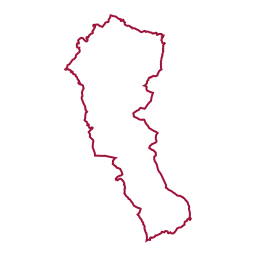 outline of Sozoranga, Loja, Ecuador
{"feature_id": "8360857B65989855164186", "entity_name": "Sozoranga", "entity_type": "district", "adm_level": 2, "iso_a3": "ECU", "parent_name": "Ecuador", "parent_adm1": "Loja", "projection": "orthographic", "projection_center": [-79.77, -4.3], "detail": "fine", "context": "isolated", "style": "outline", "palette": "rose", "viewbox_px": 256, "rotation_deg": 0, "n_neighbors": 0, "source": "geoboundaries", "source_scale": "gbopen_adm2", "svg_char_len": 5726}
<svg xmlns="http://www.w3.org/2000/svg" viewBox="0 0 256 256"><path d="M163.2,36.5L163.6,35.5L162.7,35.3L161.4,34.0L158.8,34.0L157.2,34.9L156.9,34.8L156.6,33.0L156.0,32.7L154.9,33.3L153.7,33.2L152.8,33.6L152.4,33.4L151.6,32.6L150.3,32.5L148.1,31.7L146.8,31.5L145.7,31.9L145.1,31.1L144.6,30.9L141.6,32.1L140.7,31.9L138.0,29.9L136.7,29.5L135.1,28.5L134.2,28.2L132.9,28.4L132.2,28.3L131.6,27.1L130.7,27.1L129.5,25.9L128.5,25.7L127.3,25.9L125.5,25.0L124.9,24.5L124.6,23.9L125.0,22.5L124.0,21.8L123.7,21.4L123.5,20.1L123.3,19.8L122.9,19.8L122.7,20.3L122.1,20.7L121.0,21.0L120.6,20.3L120.8,19.3L120.7,19.1L119.7,19.1L118.8,18.9L115.7,16.5L112.7,16.0L111.4,15.4L110.5,15.4L110.1,17.6L108.7,19.5L108.6,21.4L108.4,21.9L107.9,22.2L107.0,22.1L105.6,22.5L104.8,23.5L104.5,24.5L103.5,25.3L103.0,26.2L102.5,26.8L102.1,26.8L99.1,25.6L98.2,24.6L97.8,24.5L93.5,24.9L93.3,25.6L93.4,26.1L94.1,26.5L95.0,26.6L95.0,27.1L93.3,30.2L92.4,31.2L92.8,32.1L92.8,33.0L92.2,33.5L91.2,33.6L90.2,34.6L89.3,35.2L88.3,37.4L87.0,37.0L86.6,37.3L86.4,38.4L87.5,39.7L87.6,40.1L87.3,41.0L87.0,41.3L86.2,41.4L85.6,41.2L83.5,39.1L83.0,38.3L81.7,37.8L80.7,38.0L78.7,39.6L78.2,40.5L78.7,42.2L78.9,43.2L78.6,43.6L77.3,43.3L77.1,43.6L76.8,44.8L76.9,46.8L77.4,47.5L77.8,47.6L79.3,47.7L79.1,48.9L79.8,50.6L79.4,52.0L76.4,54.6L75.9,55.4L75.8,57.0L74.6,58.6L72.5,59.9L69.5,64.2L67.5,65.2L67.2,67.1L66.2,68.7L65.2,69.4L65.3,69.6L66.8,69.5L68.2,69.2L69.1,69.8L70.7,70.4L71.0,71.0L70.8,71.7L71.0,72.2L71.3,72.2L72.0,71.6L72.5,71.7L72.8,72.1L72.7,73.1L73.2,73.9L73.5,74.2L74.5,74.3L75.5,74.8L75.7,75.3L75.8,76.3L76.9,77.1L77.7,79.4L79.0,80.8L79.1,81.3L78.4,82.6L78.5,83.1L79.6,82.5L79.8,82.6L79.9,83.1L79.3,83.5L79.3,83.9L80.4,84.5L81.4,84.5L82.1,85.0L82.6,85.1L83.2,86.5L83.6,88.6L82.8,89.9L81.9,92.6L82.3,94.3L82.3,95.4L82.5,96.0L81.7,97.2L81.7,98.6L83.5,103.3L84.3,104.8L85.3,107.0L85.4,108.0L85.2,108.6L85.6,109.3L85.6,110.3L86.3,110.8L87.1,111.8L85.8,112.9L85.4,114.7L85.2,118.5L84.5,120.1L85.0,120.7L86.8,122.0L87.0,122.7L87.6,123.9L88.1,124.2L87.8,124.6L88.3,124.7L87.8,125.3L88.7,125.5L88.6,126.2L89.4,127.8L90.3,128.0L92.1,127.4L92.6,127.7L92.5,128.4L90.4,130.2L88.7,132.1L89.7,133.5L90.1,135.7L89.8,136.6L90.1,137.3L93.0,139.9L93.4,141.5L92.9,143.3L92.9,144.1L92.6,147.0L94.8,153.1L95.0,155.6L102.9,155.9L104.3,155.7L115.5,158.0L114.9,158.4L113.0,160.6L112.8,164.1L113.4,164.3L114.3,165.5L115.0,165.7L116.2,166.7L116.3,167.2L116.6,167.6L120.1,168.8L121.6,171.7L122.4,174.4L121.2,175.4L119.5,175.8L117.7,176.8L116.9,177.4L116.7,178.0L115.9,178.6L115.9,179.6L116.5,179.5L117.1,180.2L117.5,180.3L119.1,179.1L120.4,178.7L121.7,179.4L122.0,179.9L123.0,180.9L124.3,183.2L124.3,183.7L123.9,184.6L124.1,185.0L124.6,185.3L124.7,186.4L125.1,187.7L125.1,188.1L124.6,188.6L124.4,189.1L124.7,190.0L124.5,190.8L124.7,191.8L124.3,193.2L124.9,193.7L124.9,194.3L126.6,196.5L128.0,197.5L128.5,198.9L129.6,199.2L130.0,199.6L132.8,203.4L133.5,205.1L133.8,205.6L137.1,207.5L140.0,208.4L140.6,208.8L140.6,209.3L139.4,212.7L137.6,214.6L138.6,215.5L139.3,216.4L139.6,217.5L140.4,218.5L141.3,219.3L142.1,221.5L143.2,222.6L143.3,223.2L143.1,224.1L144.7,226.3L144.5,227.0L144.5,228.8L145.2,230.6L145.2,231.2L145.6,232.2L146.4,233.2L146.3,233.7L146.6,234.2L146.5,234.8L146.8,235.6L147.0,238.8L146.6,239.9L146.5,240.6L147.5,239.9L150.1,239.9L150.0,238.1L150.4,237.7L151.1,237.4L151.9,237.9L153.4,237.3L154.0,237.2L155.1,236.3L155.2,235.7L155.5,235.4L156.9,235.4L161.2,233.2L161.5,232.8L161.7,231.9L162.1,231.7L164.3,232.4L165.3,231.1L166.2,231.0L167.7,231.6L167.9,232.9L168.4,233.2L168.9,233.2L170.4,232.3L171.3,233.2L172.1,233.4L172.7,233.5L173.6,233.2L175.2,231.6L175.7,230.7L176.2,230.2L176.8,229.0L177.2,228.4L178.8,227.6L181.1,227.3L182.3,226.2L182.8,226.0L183.2,225.4L184.3,225.0L184.6,224.5L184.5,222.9L185.0,221.6L186.8,221.0L187.2,219.6L188.7,218.6L189.3,219.5L190.0,219.9L190.8,218.8L189.7,216.8L190.0,213.8L189.5,210.9L188.9,209.1L189.2,207.3L189.1,206.3L188.2,204.5L187.7,202.6L187.1,201.6L186.0,200.6L184.3,198.4L183.3,197.9L182.8,197.1L182.1,197.0L180.3,195.9L178.2,195.7L177.2,195.5L174.7,193.3L173.8,193.0L171.8,191.3L168.3,189.6L167.1,188.3L165.9,187.8L165.8,187.5L166.2,185.4L161.3,174.9L159.9,172.6L159.0,171.5L158.1,169.9L156.7,164.4L155.9,162.9L154.8,161.3L154.3,159.2L154.2,156.9L154.6,156.4L155.8,155.5L156.0,154.3L155.6,153.6L155.7,152.5L155.4,152.1L154.2,151.3L153.8,150.5L151.4,149.6L150.2,148.6L149.2,148.0L149.8,146.2L150.3,145.6L151.2,145.0L152.1,144.0L153.2,143.7L155.7,142.5L156.5,141.5L156.5,140.9L155.8,138.9L155.8,137.5L156.2,135.0L157.6,133.0L156.0,131.8L154.0,131.0L149.2,128.1L148.5,127.1L148.0,125.8L146.7,124.6L146.3,123.8L145.7,123.4L145.6,122.6L145.2,122.0L144.3,119.8L143.7,119.6L142.3,119.8L140.8,119.7L139.3,119.4L138.5,119.0L137.7,118.3L134.9,117.1L133.8,116.4L133.8,115.2L133.4,113.8L133.3,113.5L133.7,112.8L137.2,110.6L138.8,109.9L140.0,108.2L140.7,107.8L144.6,108.8L146.3,106.7L147.0,105.3L149.9,101.8L151.0,100.9L151.6,97.0L153.0,92.8L150.4,92.1L148.9,91.3L147.2,90.7L146.4,89.2L146.5,88.1L146.4,87.9L146.7,87.4L146.7,87.0L145.5,85.9L144.4,85.6L145.9,84.7L146.8,83.3L147.0,82.9L146.9,82.1L147.4,80.8L147.8,80.3L148.3,80.0L148.6,78.5L149.2,77.7L149.5,77.5L150.6,77.6L150.9,77.0L151.6,76.9L152.0,76.6L152.6,76.5L153.3,75.8L155.5,76.3L156.6,75.8L157.0,75.5L157.4,75.4L157.6,74.2L159.0,71.4L160.3,70.0L161.5,69.4L160.9,67.8L161.1,66.2L160.8,64.7L161.1,63.8L160.8,62.2L161.4,59.4L161.6,57.6L162.0,57.0L162.3,56.1L162.4,55.6L162.1,54.9L162.5,54.2L162.9,52.1L163.4,51.1L163.4,50.9L163.0,50.5L163.1,50.2L162.9,48.8L163.3,48.4L163.2,47.6L163.3,47.0L163.1,46.1L163.2,45.3L165.2,42.7L163.9,43.3L162.6,43.2L162.3,42.7L162.0,41.4L161.3,40.2L161.7,39.3L161.8,37.9L162.8,37.3L162.9,37.1L162.4,36.6L163.2,36.5Z" fill="none" stroke="#9f1239" stroke-width="2"/></svg>